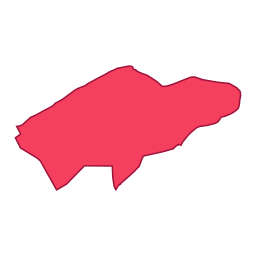 Niamina East, Central River, Gambia
{"feature_id": "56634734B42374489083147", "entity_name": "Niamina East", "entity_type": "district", "adm_level": 2, "iso_a3": "GMB", "parent_name": "Gambia", "parent_adm1": "Central River", "projection": "albers", "projection_center": [-15.05, 13.638], "detail": "fine", "context": "isolated", "style": "filled", "palette": "rose", "viewbox_px": 256, "rotation_deg": 0, "n_neighbors": 0, "source": "geoboundaries", "source_scale": "gbopen_adm2", "svg_char_len": 1948}
<svg xmlns="http://www.w3.org/2000/svg" viewBox="0 0 256 256"><path d="M176.8,145.4L177.0,145.2L177.3,145.0L178.1,145.2L178.5,144.5L180.1,144.7L180.9,145.3L182.7,141.9L187.4,136.2L188.8,134.6L189.7,133.6L196.0,128.1L199.7,126.4L202.8,126.0L207.2,125.4L211.3,124.4L213.9,123.7L214.7,123.5L217.6,122.1L218.6,121.0L221.4,117.0L224.0,116.5L225.9,115.8L228.4,114.9L230.2,114.0L230.6,113.9L232.5,112.9L232.7,112.6L234.5,111.6L237.7,109.0L238.6,107.5L239.5,103.5L239.6,100.8L240.6,95.6L240.4,92.6L239.7,90.7L236.5,87.6L231.4,84.7L229.0,83.4L217.4,82.2L208.6,80.7L202.3,79.6L201.9,79.9L201.2,79.1L194.3,76.9L190.4,77.3L183.5,80.0L173.2,84.1L173.1,84.4L172.0,84.4L170.0,85.1L165.7,86.4L164.9,86.1L163.6,86.4L162.4,86.4L156.9,81.7L156.3,81.2L156.0,81.0L147.8,75.6L145.2,74.5L143.1,74.0L140.7,72.9L137.2,71.3L136.2,70.2L135.1,69.7L134.6,69.7L133.3,68.9L132.7,67.0L131.4,66.3L129.8,66.1L128.5,66.1L116.4,68.5L115.5,69.4L112.0,70.7L108.7,72.3L105.7,74.1L97.1,78.6L87.5,83.8L85.8,85.3L80.4,87.5L78.1,88.4L76.0,89.5L74.3,90.5L71.4,92.8L68.7,94.7L63.9,98.3L63.6,98.6L59.6,101.0L55.1,103.3L54.2,104.6L53.1,105.4L52.3,106.2L42.4,111.4L41.1,112.2L37.2,114.3L34.8,115.5L30.3,117.5L29.0,118.9L28.2,119.5L22.4,124.7L19.8,125.9L16.8,126.4L16.7,126.4L20.6,134.0L15.4,137.8L19.8,146.6L20.4,147.9L27.2,152.0L37.6,158.4L39.6,160.3L40.5,161.1L41.9,163.7L42.1,164.0L43.6,166.6L45.3,169.8L51.3,180.4L56.6,189.9L56.8,189.8L66.5,184.1L70.6,179.9L82.1,168.2L82.5,167.8L82.5,167.7L84.3,165.8L86.4,165.8L98.5,165.9L110.2,166.0L111.5,166.0L112.3,166.0L112.8,177.5L114.1,185.9L115.6,189.6L115.7,189.8L115.8,189.8L115.9,189.5L116.3,189.0L117.2,187.5L117.2,187.4L118.3,185.7L119.2,184.9L119.9,184.5L119.7,184.4L125.8,179.0L126.4,178.5L132.4,173.1L132.5,173.0L133.7,172.0L135.5,170.0L138.4,167.1L139.2,166.3L141.5,160.1L142.4,157.8L143.8,155.9L145.3,155.6L155.7,153.3L162.4,151.8L165.8,150.9L171.5,149.2L172.9,149.0L176.8,145.4Z" fill="#f43f5e" stroke="#9f1239" stroke-width="1.5"/></svg>